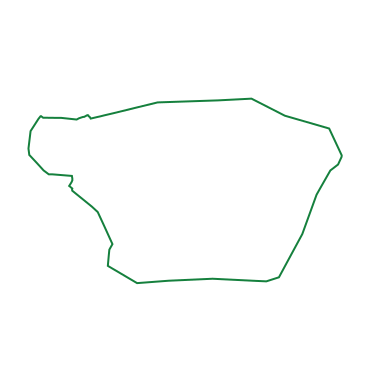 Santa María Camotlán, Oaxaca, Mexico (Mercator projection), rotated 350°
{"feature_id": "50627088B71513516821399", "entity_name": "Santa María Camotlán", "entity_type": "district", "adm_level": 2, "iso_a3": "MEX", "parent_name": "Mexico", "parent_adm1": "Oaxaca", "projection": "mercator", "projection_center": [-97.677, 17.867], "detail": "fine", "context": "isolated", "style": "outline", "palette": "green", "viewbox_px": 384, "rotation_deg": 350, "n_neighbors": 0, "source": "geoboundaries", "source_scale": "gbopen_adm2", "svg_char_len": 961}
<svg xmlns="http://www.w3.org/2000/svg" viewBox="0 0 384 384"><g transform="rotate(350 192 192)"><path d="M266.8,110.4L233.6,106.3L173.7,97.8L153.5,99.1L127.8,100.8L118.7,101.3L114.7,101.6L112.1,101.7L105.0,102.1L104.4,100.5L103.3,99.3L103.2,98.6L102.9,98.3L102.6,98.2L102.1,98.2L98.8,99.3L98.2,99.2L97.4,99.2L95.9,99.4L93.4,99.8L91.0,100.6L76.1,96.3L72.6,95.7L66.9,94.6L58.3,93.0L56.5,91.1L56.0,91.1L53.5,93.3L43.6,104.0L38.5,120.8L38.2,127.3L39.1,128.6L44.5,136.9L49.6,145.0L51.3,146.8L54.0,149.7L57.7,150.4L76.5,155.3L76.5,157.9L76.2,159.7L75.0,161.5L72.1,164.7L74.7,167.8L74.4,168.3L74.3,169.1L74.3,169.9L76.7,172.7L91.0,189.2L95.7,195.4L99.7,210.5L104.6,229.5L100.6,234.4L99.0,240.1L96.3,250.1L97.4,251.1L122.1,272.2L153.4,275.3L197.2,281.0L239.8,290.7L249.7,292.9L262.8,291.1L293.3,252.6L314.2,216.3L320.2,209.0L332.0,194.8L340.6,190.3L345.4,183.4L345.8,181.9L338.1,153.3L296.7,133.0L266.8,110.4Z" fill="none" stroke="#15803d" stroke-width="2"/></g></svg>